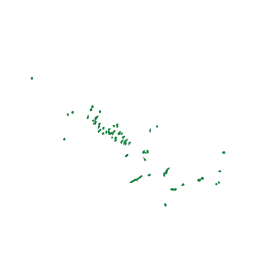 Kepulauan Seribu, Indonesia (Albers equal-area conic projection), rotated 318°
{"feature_id": "22746128B63742079715926", "entity_name": "Kepulauan Seribu", "entity_type": "district", "adm_level": 2, "iso_a3": "IDN", "parent_name": "Indonesia", "parent_adm1": "", "projection": "albers", "projection_center": [106.577, -5.612], "detail": "fine", "context": "isolated", "style": "filled", "palette": "green", "viewbox_px": 256, "rotation_deg": 318, "n_neighbors": 0, "source": "geoboundaries", "source_scale": "gbopen_adm2", "svg_char_len": 5934}
<svg xmlns="http://www.w3.org/2000/svg" viewBox="0 0 256 256"><g transform="rotate(318 128 128)"><path d="M97.1,170.9L94.8,170.2L93.9,170.3L94.0,170.4L95.3,170.9L96.5,171.0L99.4,171.9L99.5,172.2L99.6,171.9L100.7,172.4L102.0,172.6L101.8,172.4L101.0,172.3L100.4,172.1L99.5,171.6L98.4,170.8L98.0,170.8L97.1,170.9ZM131.0,185.1L129.4,185.2L128.8,185.2L128.5,185.4L127.0,185.7L126.7,186.7L125.9,187.2L125.8,187.4L126.0,187.5L126.2,187.3L126.5,187.3L127.2,186.7L129.0,185.7L130.1,185.3L131.1,185.2L131.0,185.1ZM146.2,213.6L145.4,213.5L145.1,213.5L145.0,213.9L145.2,214.6L145.6,215.2L146.4,215.3L146.6,215.0L146.4,214.4L146.5,213.9L146.2,213.6ZM111.1,98.6L110.5,98.7L109.7,99.5L109.6,100.0L110.2,99.8L111.2,99.4L112.0,99.3L112.4,99.3L112.5,99.4L112.6,99.2L113.1,99.0L113.0,98.9L112.4,98.8L111.7,98.9L111.1,98.6ZM149.2,214.5L148.5,214.6L148.3,214.9L148.9,215.3L149.0,215.6L149.3,215.6L149.8,215.9L150.2,215.4L150.3,214.9L149.8,214.6L149.2,214.5ZM117.3,126.7L118.3,126.1L119.0,125.9L119.3,125.6L118.7,125.5L117.0,125.8L116.9,126.0L116.8,126.5L117.3,126.7ZM120.3,202.9L119.5,202.5L119.4,202.6L118.9,202.5L118.9,202.9L119.9,203.6L120.2,203.9L120.3,204.5L120.9,204.2L120.5,204.0L120.2,203.3L120.3,202.9ZM182.4,209.6L182.1,209.7L181.9,210.1L182.7,210.9L183.1,211.1L183.2,210.4L183.4,210.1L183.0,209.8L182.4,209.6ZM113.0,176.9L110.9,176.8L112.4,177.6L113.0,177.5L113.2,177.2L113.0,176.9ZM111.1,128.1L111.5,128.1L111.6,127.8L112.8,127.3L112.8,126.9L112.5,126.6L112.1,126.7L111.4,127.3L111.4,127.6L111.1,128.1ZM105.0,172.5L103.1,172.5L103.4,172.7L104.6,172.9L106.6,172.9L105.0,172.5ZM113.0,89.2L112.2,89.3L112.0,90.0L112.5,90.3L113.0,90.1L113.4,89.3L113.0,89.2ZM116.9,88.2L116.4,87.8L115.7,88.0L115.3,88.3L115.2,88.8L115.4,89.0L115.7,88.9L116.1,88.7L116.5,88.4L116.7,88.1L116.9,88.2ZM104.6,210.8L104.8,209.5L104.3,209.3L104.0,209.7L103.9,210.8L104.0,211.0L104.6,210.8ZM109.7,147.4L107.7,147.3L107.4,147.6L107.6,147.8L108.9,148.0L109.4,147.9L109.8,147.6L109.7,147.4ZM126.4,159.6L126.9,159.1L127.3,158.4L127.3,158.0L127.2,157.7L126.9,157.8L126.7,158.2L126.2,159.4L126.3,159.6L126.4,159.6ZM108.4,101.4L108.1,101.4L107.4,101.7L107.0,102.6L107.8,102.2L108.2,102.1L108.5,101.8L108.4,101.4ZM97.2,80.0L97.8,79.4L97.9,79.0L97.4,78.8L96.9,78.9L96.8,79.6L97.0,79.9L97.2,80.0ZM122.0,204.8L121.3,204.8L121.8,205.8L122.8,205.6L122.8,205.4L122.6,205.2L122.4,205.2L122.0,204.8ZM116.8,136.0L116.1,136.0L115.6,136.2L114.8,136.9L115.5,137.0L115.9,136.7L116.0,136.4L116.7,136.1L116.8,136.0ZM111.0,119.1L111.3,118.8L111.4,118.1L111.6,117.7L111.0,117.8L110.6,118.4L110.7,118.8L111.0,119.1ZM131.4,207.4L131.7,206.9L131.5,206.6L130.7,206.6L130.1,206.8L130.3,207.1L131.4,207.4ZM120.0,131.7L118.7,131.5L118.3,131.6L118.1,131.4L117.7,131.5L117.4,131.6L117.4,131.9L117.6,132.0L118.3,131.8L119.2,131.9L120.0,131.7ZM110.3,111.4L110.0,111.3L109.2,111.4L109.1,112.1L109.3,112.3L109.7,112.1L110.1,111.8L110.3,111.4ZM113.1,134.5L115.5,133.7L115.3,133.6L114.6,133.7L113.5,134.0L113.1,134.2L113.1,134.5ZM73.3,94.0L73.8,93.5L73.6,93.3L73.0,93.4L72.6,93.7L72.7,93.9L73.0,94.2L73.3,94.1L73.3,94.0ZM90.3,26.3L89.8,26.3L89.4,26.6L89.4,27.3L89.9,27.1L90.1,26.7L90.4,26.4L90.3,26.3ZM110.1,105.8L109.8,105.6L109.1,105.7L108.8,106.1L108.8,106.4L109.0,106.4L109.8,106.0L110.0,106.0L110.1,105.8ZM118.6,96.7L118.0,96.7L117.7,96.8L117.6,97.2L117.7,97.6L118.3,97.3L118.6,96.9L118.6,96.7ZM105.9,116.0L106.3,115.6L106.3,115.3L105.4,115.1L105.3,115.5L105.9,116.0ZM124.5,158.1L124.5,157.9L123.9,156.6L123.4,156.6L123.0,156.8L122.9,156.9L123.7,157.1L124.5,158.1ZM121.1,120.1L121.5,119.8L121.6,119.6L121.5,119.2L120.6,119.8L120.7,120.0L121.1,120.1ZM107.9,107.4L108.0,107.2L107.6,107.2L106.8,107.6L106.5,107.9L107.4,107.8L107.9,107.4ZM109.1,116.9L109.7,116.4L109.7,116.1L109.0,116.2L108.7,117.0L109.1,116.9ZM119.7,139.9L118.6,140.0L118.3,140.5L119.8,140.1L119.7,139.9ZM125.1,186.2L125.1,185.9L124.9,185.8L124.0,186.2L124.2,186.5L124.7,186.2L125.1,186.2ZM105.1,93.7L105.5,93.4L105.9,92.8L105.0,93.2L104.6,93.6L105.1,93.7ZM92.1,78.2L92.5,77.8L92.6,77.4L92.4,77.3L92.0,77.5L91.9,77.9L92.1,78.2ZM118.9,136.1L117.7,135.8L117.7,136.2L118.4,136.3L118.9,136.1ZM119.5,128.2L120.0,127.9L119.9,127.8L119.4,127.6L119.0,128.0L119.5,128.2ZM155.8,229.0L156.4,229.1L156.5,228.7L156.0,228.5L155.8,228.6L155.8,229.0ZM114.2,121.5L114.0,121.3L113.6,121.5L113.0,122.1L113.6,122.0L113.9,121.7L114.1,121.7L114.2,121.5ZM107.3,99.1L106.8,99.1L106.9,99.5L107.2,99.7L107.6,99.6L107.7,99.3L107.3,99.1ZM122.6,118.2L122.0,118.0L121.7,118.1L121.7,118.4L121.9,118.5L122.5,118.4L122.6,118.2ZM123.4,156.3L124.1,156.1L124.3,155.9L123.6,155.8L123.1,156.1L123.4,156.3ZM110.8,119.9L110.0,119.8L109.9,120.0L110.4,120.3L110.7,120.3L110.9,120.1L110.8,119.9ZM158.9,229.7L159.2,229.7L159.2,229.0L158.8,229.1L158.7,229.2L158.9,229.7ZM115.3,138.6L115.8,138.4L116.3,137.9L116.1,137.8L115.9,137.9L115.1,138.5L115.3,138.6ZM105.8,101.8L105.6,101.8L105.4,101.9L105.4,102.1L105.8,102.3L106.2,102.2L105.8,101.8ZM167.5,222.0L167.7,221.5L166.9,221.4L167.2,221.9L167.5,222.0ZM116.1,121.1L115.6,121.1L115.4,121.3L115.6,121.6L115.9,121.6L116.1,121.4L116.1,121.1ZM118.7,117.6L119.2,117.2L118.8,116.8L118.6,117.2L118.6,117.5L118.7,117.6ZM106.5,110.7L105.7,110.8L105.6,111.0L105.9,111.1L106.5,111.0L106.6,110.9L106.5,110.7ZM113.5,116.2L112.8,116.1L112.6,116.3L112.8,116.4L113.6,116.4L113.5,116.2ZM103.9,111.2L104.2,111.0L104.3,110.8L104.2,110.6L103.8,110.8L103.6,111.2L103.9,111.2ZM110.8,128.9L109.8,128.9L109.8,129.1L110.5,129.2L110.9,129.1L110.8,128.9ZM111.6,120.9L112.6,120.7L112.5,120.4L111.7,120.6L111.6,120.9ZM119.4,163.4L119.5,163.0L119.6,162.8L119.5,162.3L119.4,162.6L119.1,162.9L119.2,163.3L119.4,163.4ZM143.1,144.4L142.6,144.5L142.4,145.0L142.8,144.8L143.1,144.4ZM150.4,146.7L150.9,146.3L150.9,146.1L150.7,145.9L150.5,146.1L150.3,146.6L150.4,146.7ZM109.7,124.6L110.0,124.5L110.5,124.1L109.8,124.3L109.6,124.5L109.7,124.6ZM123.1,188.0L123.2,187.9L123.2,187.2L123.0,187.4L123.0,188.0L123.1,188.0Z" fill="#22c55e" stroke="#15803d" stroke-width="1.5"/></g></svg>